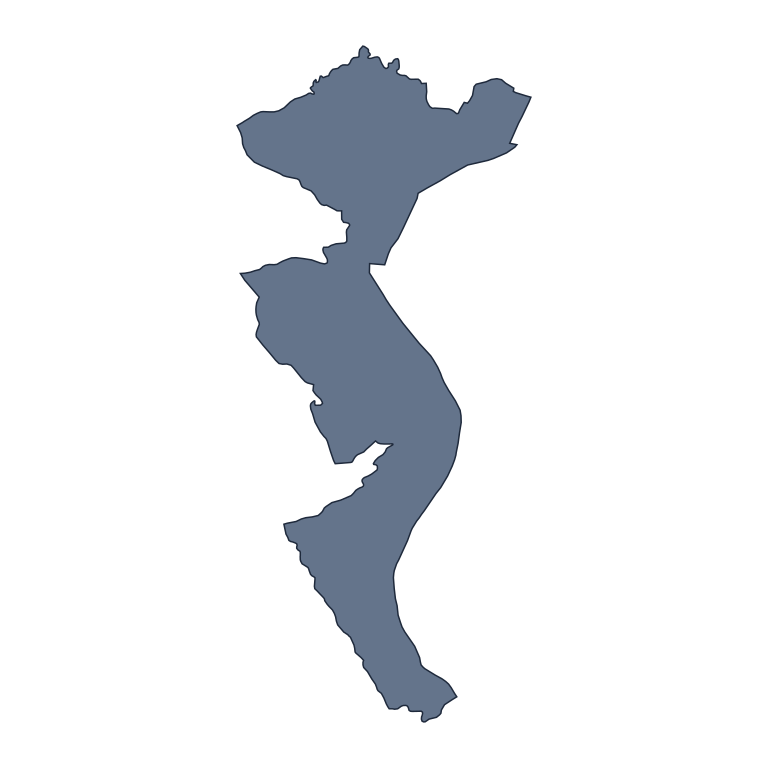 Thanh Thuy, Phú Thọ, Vietnam
{"feature_id": "81297802B73795447547430", "entity_name": "Thanh Thuy", "entity_type": "district", "adm_level": 2, "iso_a3": "VNM", "parent_name": "Vietnam", "parent_adm1": "Phú Thọ", "projection": "albers", "projection_center": [105.283, 21.123], "detail": "fine", "context": "isolated", "style": "filled", "palette": "slate", "viewbox_px": 768, "rotation_deg": 0, "n_neighbors": 0, "source": "geoboundaries", "source_scale": "gbopen_adm2", "svg_char_len": 6014}
<svg xmlns="http://www.w3.org/2000/svg" viewBox="0 0 768 768"><path d="M530.9,97.2L525.9,95.8L515.6,92.6L513.3,91.4L513.8,88.2L505.6,83.2L501.6,79.7L496.9,78.7L491.2,79.5L486.1,81.8L476.2,84.2L474.1,86.6L472.5,95.5L469.5,100.8L467.5,103.2L464.2,102.4L459.8,109.7L458.6,112.8L458.0,113.5L456.5,113.6L453.6,111.2L451.4,109.9L448.9,109.0L434.8,108.1L432.6,108.3L431.7,107.9L429.8,106.6L428.5,104.6L426.9,101.4L426.3,99.0L426.2,97.3L426.2,95.8L426.7,91.8L426.2,83.3L421.5,83.5L420.7,81.7L420.0,80.6L418.2,79.2L410.9,79.3L409.4,78.9L406.0,75.8L404.4,75.4L402.4,75.4L400.2,75.0L397.1,73.2L396.6,71.2L396.9,70.3L398.8,68.8L399.2,67.1L399.2,65.3L398.8,61.1L398.4,59.6L397.7,58.7L395.6,59.0L395.0,59.3L393.7,60.3L392.5,62.5L391.6,63.2L389.3,63.2L388.7,63.3L388.3,64.6L388.5,66.9L387.1,68.2L385.8,68.5L383.9,67.2L381.7,63.5L379.4,58.2L378.6,57.4L377.3,56.9L374.8,57.2L371.2,58.3L369.9,58.4L368.3,58.2L367.8,57.2L368.5,56.2L370.1,55.0L370.1,54.0L368.4,51.9L368.5,50.4L368.2,49.3L367.3,48.5L364.4,46.5L362.8,46.1L359.7,49.7L359.1,52.9L359.0,56.2L358.7,56.9L357.5,57.3L353.7,57.7L352.2,58.8L351.0,60.4L350.1,62.6L348.9,64.2L347.7,65.1L345.0,64.9L342.7,65.0L340.6,66.0L337.9,68.4L332.9,69.3L331.5,70.6L330.4,72.1L329.4,73.8L329.0,75.1L328.5,75.8L326.1,76.5L323.6,77.5L323.0,77.5L321.4,76.1L320.3,76.2L319.8,77.8L319.0,80.8L318.3,81.9L316.3,82.5L315.9,81.8L316.2,80.2L315.6,79.7L313.9,81.3L313.2,83.0L313.2,84.8L313.0,85.9L311.5,86.9L310.5,87.7L310.4,88.3L312.3,90.9L314.0,92.2L314.2,93.7L313.8,94.2L312.3,94.0L310.5,93.1L308.6,93.4L306.2,95.0L300.7,97.3L294.8,99.0L290.4,101.9L284.2,107.8L278.8,110.8L274.1,111.9L269.7,111.9L263.1,111.6L260.7,111.9L257.1,113.4L253.4,115.3L249.5,118.2L244.3,121.3L242.4,122.6L237.1,125.6L240.6,132.6L242.2,137.9L242.6,143.8L243.8,147.6L245.4,150.6L247.1,154.8L254.4,162.2L262.5,166.1L271.0,169.6L280.2,173.7L283.2,175.6L286.5,176.6L297.2,178.8L299.1,180.0L300.0,181.7L301.0,184.5L301.9,186.4L303.3,187.6L311.1,190.9L314.7,194.9L317.3,199.5L320.0,203.2L321.6,204.6L324.2,205.4L326.5,205.1L335.0,209.6L337.0,210.8L341.6,210.9L341.7,219.3L343.6,222.3L346.1,222.6L348.6,223.3L349.6,224.6L349.6,225.5L346.7,229.8L346.4,232.2L346.8,237.4L346.8,241.1L345.8,242.4L344.3,243.1L336.1,243.8L331.1,245.4L328.3,247.2L323.7,247.3L323.1,248.4L322.9,249.9L323.5,252.5L326.8,258.2L327.4,259.8L327.4,262.1L326.9,263.1L324.5,263.9L320.5,263.1L311.6,259.9L303.4,258.6L296.0,257.7L291.5,257.9L288.5,258.9L283.0,261.0L279.5,262.8L277.1,264.3L274.1,264.7L269.2,264.5L265.4,265.3L262.9,266.6L261.5,268.0L259.6,269.5L254.9,270.7L250.4,272.2L244.9,273.2L240.4,273.5L244.8,280.3L259.2,297.1L256.7,302.8L256.1,306.6L255.9,309.2L256.0,312.4L256.4,315.1L257.7,319.6L259.1,322.5L259.3,324.4L257.5,329.2L256.5,332.2L256.1,334.6L256.4,336.9L262.9,345.1L270.2,353.6L275.7,360.3L279.0,363.5L282.6,364.2L286.9,364.0L291.1,365.3L293.6,368.0L301.4,377.7L305.1,381.6L307.4,382.9L313.6,384.6L313.0,390.6L314.4,392.7L316.1,394.9L320.7,399.2L322.2,402.0L322.5,403.4L320.6,405.2L315.3,405.3L314.6,403.6L314.9,401.8L314.6,400.9L313.7,401.1L311.5,403.0L310.7,404.1L310.4,405.9L310.8,409.1L312.6,413.7L315.1,422.2L320.4,431.9L324.0,436.5L326.0,438.5L327.4,441.3L330.5,451.5L333.6,460.5L335.2,463.7L350.4,462.5L351.8,462.2L352.9,460.8L353.7,459.2L354.8,457.4L355.9,456.1L357.5,454.7L363.8,451.9L366.5,449.1L370.3,445.8L375.5,441.0L378.0,443.0L380.3,443.7L384.2,444.0L389.1,444.0L392.2,443.8L392.9,444.2L392.7,444.9L387.7,447.7L386.5,448.8L385.2,451.9L383.0,454.6L378.4,457.4L375.2,460.6L373.4,463.6L373.7,464.4L376.0,464.8L377.2,465.8L377.4,467.1L377.4,468.8L377.0,470.0L371.6,474.1L368.2,476.0L364.5,477.5L363.5,478.2L362.3,479.5L362.0,480.9L362.4,482.2L363.5,484.1L363.6,485.3L363.2,486.3L362.0,487.1L359.8,487.9L357.8,489.0L355.8,490.4L353.5,493.3L351.2,495.6L340.5,500.2L331.9,502.6L326.1,506.5L324.3,508.0L322.5,511.4L321.0,513.0L318.2,515.5L312.3,516.9L305.8,517.7L301.3,519.0L296.1,521.5L287.3,523.2L283.9,524.2L286.0,534.1L287.8,537.4L288.9,540.4L290.6,541.5L292.5,541.9L295.6,543.1L296.8,543.9L297.1,545.6L296.7,546.9L296.7,548.3L298.0,550.0L299.9,551.2L300.3,552.3L300.3,555.3L300.2,556.5L300.3,559.9L300.8,561.4L302.1,563.8L308.0,567.5L308.7,569.0L309.2,570.7L310.5,574.2L311.8,575.7L313.8,576.8L314.9,577.6L315.0,579.0L314.4,586.3L314.8,588.7L317.0,590.8L320.0,594.0L322.9,597.0L324.3,598.6L324.8,600.8L327.2,604.3L329.1,606.5L332.5,610.0L334.4,613.5L335.6,616.8L336.4,621.1L337.1,623.2L337.7,624.9L343.8,632.1L347.8,634.7L349.1,636.2L350.4,637.2L354.0,645.1L354.7,648.4L355.1,652.0L356.0,653.2L360.9,657.4L363.6,660.3L363.0,662.3L363.0,664.9L363.7,667.5L367.5,671.6L371.7,678.8L375.4,684.1L376.5,687.0L377.2,689.3L378.0,690.7L381.4,693.4L383.9,698.0L386.3,703.9L387.8,706.7L389.2,708.8L392.5,708.8L394.6,709.2L397.7,708.8L401.3,706.2L403.2,705.5L406.0,705.4L407.4,706.1L408.3,707.6L409.1,710.4L410.4,711.2L412.1,711.4L421.2,711.2L422.4,712.1L422.6,713.5L422.2,715.3L421.6,716.9L421.4,719.1L422.1,721.2L423.7,721.9L425.2,721.8L429.1,719.1L436.5,717.3L439.5,714.9L440.9,713.3L441.4,710.0L444.5,704.7L452.1,699.7L456.8,696.8L454.5,693.3L451.2,687.7L448.6,684.1L445.6,681.4L442.1,678.9L435.2,675.1L424.8,668.7L422.9,667.0L421.1,664.9L420.4,662.1L419.6,657.6L414.7,646.3L404.7,631.8L402.0,626.9L400.4,622.3L398.1,615.1L397.1,605.7L395.4,598.7L394.2,588.3L393.4,577.6L393.8,573.2L394.3,570.5L396.6,563.8L398.7,559.9L407.5,540.6L411.0,531.0L412.2,528.3L416.7,521.0L419.1,518.0L421.5,514.4L424.3,510.7L436.0,493.5L440.7,487.6L447.6,476.0L452.2,466.1L454.6,459.7L455.9,455.0L456.2,452.7L458.1,443.3L459.5,432.9L461.2,422.5L461.0,415.7L460.1,410.2L455.4,400.9L448.6,390.3L444.1,382.4L442.0,377.6L440.6,373.6L437.7,367.2L433.4,359.9L430.6,355.7L419.0,343.1L402.9,323.3L389.8,305.2L386.1,299.6L383.2,294.6L369.4,272.9L369.6,263.6L384.7,264.8L388.4,253.7L391.0,247.8L398.0,238.7L403.4,227.7L417.1,198.4L418.1,193.3L427.3,187.9L440.2,180.8L450.1,174.7L467.7,165.0L487.9,160.4L493.5,158.5L506.5,152.9L514.8,147.2L516.9,144.7L509.7,143.3L518.5,123.3L522.0,116.6L529.0,101.9L530.9,97.2Z" fill="#64748b" stroke="#1e293b" stroke-width="1.5"/></svg>